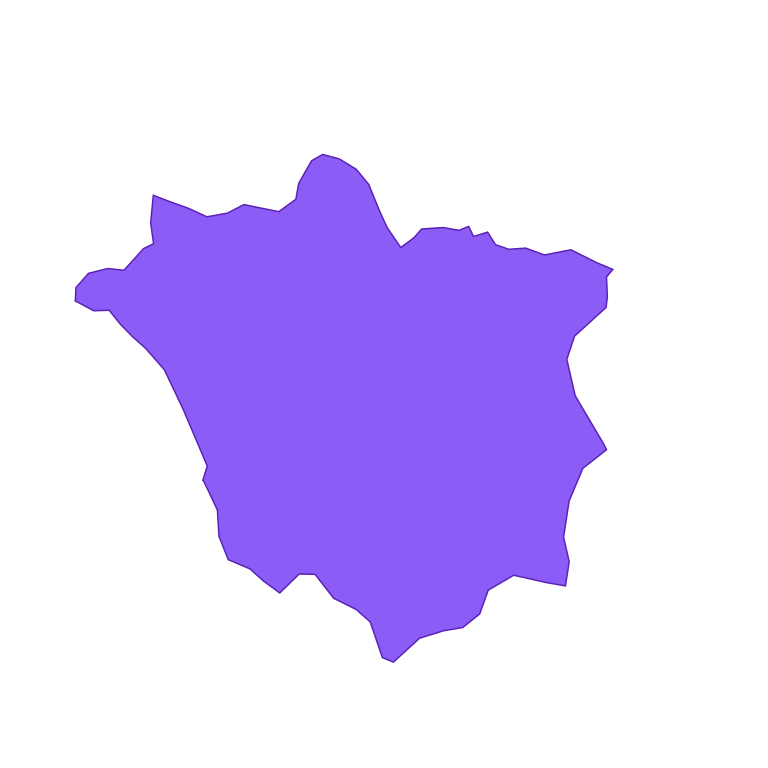 outline of Vaggeryd, Jönköping, Sweden, rotated 338°
{"feature_id": "70781695B19954774542686", "entity_name": "Vaggeryd", "entity_type": "district", "adm_level": 2, "iso_a3": "SWE", "parent_name": "Sweden", "parent_adm1": "Jönköping", "projection": "orthographic", "projection_center": [14.158, 57.502], "detail": "fine", "context": "isolated", "style": "filled", "palette": "violet", "viewbox_px": 768, "rotation_deg": 338, "n_neighbors": 0, "source": "geoboundaries", "source_scale": "gbopen_adm2", "svg_char_len": 1203}
<svg xmlns="http://www.w3.org/2000/svg" viewBox="0 0 768 768"><g transform="rotate(338 384 384)"><path d="M565.7,528.3L565.2,521.7L556.9,466.5L562.7,429.7L578.6,411.0L618.6,396.2L623.8,386.8L630.4,368.1L639.1,363.5L626.3,350.8L607.6,329.6L581.0,324.4L566.3,311.1L550.3,305.9L539.6,296.6L536.9,282.0L522.3,280.7L521.6,269.6L511.1,269.6L497.5,261.1L477.0,254.4L466.8,259.5L450.7,263.8L445.5,240.0L444.7,221.2L444.6,193.2L438.7,174.5L426.7,158.4L413.1,148.2L400.4,149.9L380.0,166.1L371.5,179.7L351.1,184.8L339.3,177.1L321.4,165.2L302.7,166.9L282.4,162.6L268.8,148.1L253.5,134.5L240.8,122.6L228.0,147.2L222.9,167.6L211.8,168.4L185.5,181.1L171.0,173.4L151.5,170.7L134.5,179.2L128.9,191.4L129.0,191.4L142.2,207.3L156.8,212.7L162.0,230.0L168.6,246.0L176.5,262.0L185.7,288.6L188.3,332.5L189.4,393.8L180.2,405.2L180.4,405.2L182.3,438.5L173.9,463.5L173.8,488.5L190.5,505.3L198.7,522.0L209.1,538.7L234.2,528.4L248.8,534.7L257.1,563.9L273.8,582.7L282.1,599.5L280.0,637.1L288.6,645.4L321.8,633.0L346.9,635.1L365.7,639.3L386.6,633.0L403.4,614.2L432.6,609.9L459.8,628.7L476.6,639.2L489.1,618.2L493.2,593.1L511.9,561.7L536.9,536.6L556.4,531.0L565.7,528.3Z" fill="#8b5cf6" stroke="#5b21b6" stroke-width="1.5"/></g></svg>